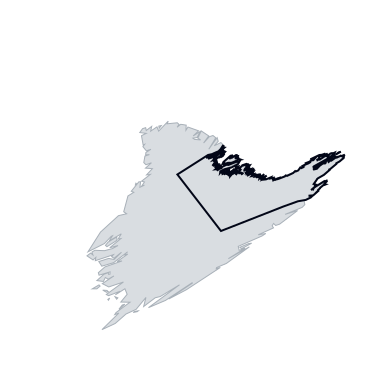 location of Qaasuitsup Kommunia within Greenland, rotated 148°
{"feature_id": "GRL-2743", "entity_name": "Qaasuitsup Kommunia", "entity_type": "state/province", "adm_level": 1, "iso_a3": "GRL", "parent_name": "Greenland", "parent_adm1": "", "projection": "natural_earth1", "projection_center": [-56.716, 74.362], "detail": "fine", "context": "in_parent", "style": "outline", "palette": "ink", "viewbox_px": 384, "rotation_deg": 148, "n_neighbors": 0, "source": "natural_earth", "source_scale": "10m", "svg_char_len": 9719}
<svg xmlns="http://www.w3.org/2000/svg" viewBox="0 0 384 384"><g transform="rotate(148 192 192)"><path d="M248.5,112.1L268.5,113.6L240.0,114.5L240.0,115.0L271.9,114.1L290.2,117.0L251.8,119.9L274.4,120.2L279.2,121.8L293.7,120.5L286.9,127.0L301.6,122.1L312.6,123.5L326.8,121.2L341.3,123.0L318.2,128.1L322.5,129.0L320.3,130.0L303.0,131.4L310.7,136.4L301.2,139.6L300.2,145.5L311.5,145.4L305.7,146.0L317.7,148.3L319.0,150.5L297.8,152.0L312.9,155.6L316.6,161.8L302.7,162.2L309.3,162.5L310.8,165.4L314.6,163.1L319.6,167.3L310.4,168.9L305.8,168.0L306.4,166.4L305.1,165.8L303.8,167.7L314.9,170.7L314.2,173.2L305.5,174.6L287.9,170.6L292.3,172.7L279.3,173.4L283.5,174.7L278.3,175.4L295.9,173.6L307.8,176.9L307.9,182.4L297.8,179.8L293.9,176.1L283.7,178.3L293.2,177.1L294.4,179.8L291.9,180.5L310.4,185.0L308.2,187.5L311.9,186.8L314.9,193.5L310.3,193.9L309.4,191.1L308.7,194.1L305.2,194.0L297.3,188.6L289.6,186.2L283.1,185.8L291.3,188.3L277.0,190.2L279.5,191.3L274.1,194.0L288.1,194.4L282.6,197.0L284.0,197.2L293.5,194.7L311.9,196.4L290.8,206.5L266.9,210.9L259.0,208.2L260.4,211.4L248.4,222.6L241.5,222.6L243.1,224.8L231.7,228.8L230.2,227.9L233.7,223.6L228.7,223.0L231.1,223.9L227.0,225.7L229.0,227.9L218.0,229.0L221.5,230.6L213.2,232.8L218.8,236.9L210.9,238.3L216.6,239.5L217.3,242.5L212.9,247.4L208.3,246.3L211.6,248.1L210.2,249.9L204.2,250.0L208.9,251.1L209.6,256.5L206.9,257.5L208.5,257.8L205.0,266.5L199.8,266.0L204.8,270.1L200.3,271.9L197.2,271.1L198.2,268.4L191.4,269.0L194.8,265.5L187.2,265.8L188.0,261.3L174.6,264.7L176.9,263.0L167.8,258.5L167.2,256.2L170.3,254.8L165.7,255.4L161.5,251.8L164.4,247.6L161.0,249.2L154.0,240.4L161.3,238.9L153.1,239.0L158.8,235.5L162.7,237.2L162.0,235.3L157.1,231.6L158.5,234.6L151.8,238.9L148.1,230.7L156.2,227.4L148.0,229.7L144.3,228.8L143.1,225.4L155.1,219.4L141.9,224.7L142.9,221.1L148.6,219.4L141.3,218.6L140.6,215.5L147.7,213.1L158.3,214.7L148.7,212.5L141.0,214.6L144.1,209.9L152.7,211.0L155.0,208.6L142.8,209.2L144.7,207.0L155.2,207.1L156.9,205.7L154.5,206.1L155.3,203.3L159.6,203.0L155.3,202.7L159.2,197.0L148.7,196.7L136.2,192.3L157.1,194.4L151.0,190.1L155.1,190.1L143.7,188.0L150.8,185.4L142.0,186.1L143.5,184.6L140.7,180.7L139.2,181.0L141.8,184.0L139.2,187.0L130.4,186.3L134.4,180.8L130.5,182.0L132.0,180.8L130.3,180.1L134.9,177.3L129.9,176.3L131.9,174.2L127.6,172.6L129.0,171.2L127.0,168.8L121.7,168.8L126.8,166.1L114.9,160.6L116.5,159.6L115.2,158.4L90.9,154.1L65.0,155.8L59.3,153.8L66.4,152.2L51.3,149.5L76.3,146.7L60.7,147.0L43.9,142.4L50.2,139.8L79.4,136.4L88.0,130.9L73.4,129.9L86.8,125.7L101.7,125.0L103.0,121.5L106.7,120.6L124.9,123.7L112.3,120.3L134.7,118.3L138.8,119.3L139.5,122.1L141.9,120.9L141.9,118.4L158.5,120.6L151.4,117.7L155.9,117.6L181.6,121.4L182.9,117.6L176.8,116.2L196.5,116.2L172.4,115.1L200.6,113.2L211.3,114.9L212.1,114.1L208.0,113.0L248.5,112.1ZM137.1,194.9L150.7,199.9L140.6,202.4L134.2,199.2L137.4,197.6L134.6,196.2L137.1,194.9ZM293.1,190.7L293.7,192.6L289.6,194.0L279.7,193.7L281.3,190.8L293.1,190.7ZM180.7,119.7L171.5,118.3L168.5,117.0L180.1,117.6L180.7,119.7ZM316.1,131.3L311.0,133.1L308.4,132.4L316.1,131.3ZM324.0,160.3L327.9,162.7L320.1,162.5L319.8,160.9L324.0,160.3ZM319.7,156.1L316.3,153.6L315.8,151.9L317.6,152.2L319.7,156.1ZM132.4,177.5L130.5,179.4L127.1,178.3L132.4,177.5ZM305.7,121.0L304.0,121.1L300.5,119.7L301.8,119.5L305.7,121.0ZM157.3,198.2L154.3,200.3L153.6,198.2L157.3,198.2ZM312.7,141.0L312.8,144.0L311.0,141.5L312.7,141.0ZM50.2,147.4L47.1,147.9L44.8,147.5L50.2,147.4ZM141.2,188.1L139.6,189.6L139.3,189.3L141.2,188.1ZM320.3,145.5L318.0,145.7L320.2,144.5L320.3,145.5ZM186.1,263.4L185.2,265.5L182.8,264.6L186.1,263.4ZM151.6,191.2L149.2,191.1L149.0,190.8L150.0,190.3L151.6,191.2ZM236.1,228.2L234.9,229.2L234.6,228.0L236.1,228.2Z" fill="#d9dde1" stroke="#a8b0b8" stroke-width="1"/><path d="M67.1,152.5L66.6,151.8L60.7,152.0L56.4,151.2L59.4,149.9L54.3,151.3L52.0,150.6L53.6,150.3L50.1,149.8L51.2,149.1L53.7,149.0L52.7,148.7L58.6,148.4L75.6,149.2L75.2,149.0L76.6,148.7L61.8,148.2L70.3,147.5L76.4,148.3L74.2,147.3L77.4,146.8L74.1,145.6L74.4,145.4L69.6,146.6L65.8,146.8L64.0,145.7L63.6,145.8L64.5,146.7L61.4,147.1L56.1,146.3L60.1,145.6L60.2,145.1L54.2,145.6L57.9,144.7L51.1,145.1L50.5,144.9L51.7,144.5L46.6,144.0L46.4,143.3L42.7,142.7L45.8,141.8L43.9,141.7L45.2,141.1L44.9,140.9L45.4,140.4L50.7,139.7L54.4,139.9L54.7,139.3L62.8,138.2L64.6,138.5L62.7,137.9L71.1,136.6L77.9,136.9L79.6,136.6L79.0,136.6L84.5,134.3L83.7,133.5L84.1,132.8L83.2,132.4L84.2,131.7L83.7,131.4L90.0,130.6L88.1,130.5L87.9,130.0L86.6,130.9L84.3,131.1L74.0,131.1L73.9,130.6L71.8,130.3L72.0,129.6L75.5,128.8L75.7,128.3L81.7,127.6L80.9,127.4L84.0,126.9L84.3,126.3L85.8,126.0L85.5,125.8L91.0,124.9L95.1,127.1L92.4,124.8L94.3,124.4L99.7,125.0L107.1,128.0L122.3,131.3L188.1,143.6L195.1,214.6L158.7,214.9L156.9,214.2L158.4,213.9L160.1,213.2L162.1,213.5L160.1,213.2L156.1,214.0L156.7,213.8L154.4,213.4L156.1,213.3L160.2,212.5L157.3,212.0L156.7,212.4L158.1,212.4L155.2,213.0L154.1,212.2L156.2,212.2L155.9,211.5L152.9,211.8L154.3,212.6L153.5,213.3L148.7,212.6L152.7,211.5L145.0,213.1L141.3,214.9L140.9,214.2L142.0,213.4L141.2,212.7L143.5,212.7L142.3,212.2L142.9,212.1L143.3,212.5L144.0,212.5L143.4,212.4L144.7,212.2L143.3,212.0L145.6,211.5L143.5,211.2L149.4,211.9L150.2,211.5L146.4,211.4L144.1,210.4L144.3,210.1L142.4,210.3L143.3,210.0L144.3,209.9L148.0,210.9L146.1,210.1L150.9,211.0L154.8,210.8L158.5,212.0L160.8,211.7L153.6,209.9L156.3,210.0L153.9,209.5L155.1,209.2L155.0,208.4L157.2,207.8L156.8,207.7L152.4,208.4L154.7,209.2L148.0,210.0L147.6,209.3L145.3,209.5L147.2,208.8L143.1,209.4L142.8,209.0L144.4,209.1L148.3,207.7L147.0,207.6L155.1,207.3L155.7,207.2L155.5,206.3L156.7,206.9L156.9,206.5L155.9,206.1L157.7,205.4L154.2,206.0L156.0,204.7L154.8,205.0L155.3,203.3L157.1,203.4L155.8,204.0L157.8,203.7L159.2,204.9L158.6,204.2L159.6,203.8L160.1,204.5L160.0,203.7L157.4,203.3L160.4,202.9L158.6,202.7L159.2,201.8L157.9,202.7L155.1,202.7L156.4,202.2L155.8,201.9L156.6,201.8L156.4,200.9L160.0,200.5L156.3,200.6L156.8,199.6L158.8,199.9L156.7,199.1L160.0,198.8L157.7,197.7L159.6,196.9L154.1,197.4L156.2,197.0L154.3,196.6L153.1,197.4L148.3,196.8L146.7,195.6L139.0,194.3L135.7,192.6L138.2,191.3L145.6,191.9L152.4,194.1L157.9,194.6L157.1,194.3L157.9,193.4L155.4,194.2L153.5,193.1L154.3,192.7L156.0,193.6L156.8,193.3L155.5,192.7L157.2,192.6L154.8,192.5L154.8,191.8L152.9,192.0L153.9,191.5L156.3,192.1L157.3,192.0L155.7,191.4L156.1,191.0L150.0,190.0L154.1,190.4L155.7,190.0L152.6,189.7L154.0,189.1L148.5,189.3L152.3,188.3L151.6,187.6L146.8,188.9L148.4,188.3L148.3,187.6L153.1,186.7L147.4,187.6L144.4,187.2L150.8,186.0L151.4,185.1L148.8,185.9L142.9,185.2L144.8,184.4L144.7,183.8L145.9,183.2L142.3,184.8L142.1,182.9L140.5,182.4L139.6,181.0L141.2,180.8L139.5,180.8L139.1,181.0L139.8,182.1L142.1,184.3L139.4,185.0L140.2,185.7L138.4,185.2L139.8,186.4L139.4,187.0L135.6,187.7L132.3,186.7L133.0,187.5L130.9,187.0L130.0,185.8L130.5,185.7L128.8,185.4L132.2,184.8L131.8,184.0L134.4,183.8L135.9,183.0L136.8,181.7L135.5,183.1L132.1,183.7L130.3,183.3L134.2,181.5L133.8,180.8L135.2,180.7L130.1,180.1L131.1,179.6L137.3,179.9L133.5,179.7L135.4,179.0L134.1,178.6L136.0,177.9L133.9,177.9L135.6,177.5L134.3,176.6L134.6,176.4L129.8,175.9L131.7,175.1L131.2,175.1L132.7,175.1L131.0,174.6L133.0,173.9L127.8,172.0L129.0,171.8L127.9,171.7L128.4,171.2L129.6,171.6L130.2,171.5L128.4,170.6L130.0,170.5L127.5,169.5L128.3,169.4L126.0,169.2L127.1,168.8L126.5,168.8L127.5,167.8L121.3,168.9L126.6,167.6L124.4,167.3L127.5,167.0L124.0,166.6L127.4,166.3L125.0,165.6L125.7,165.3L122.1,164.7L124.0,164.2L122.6,163.5L117.0,162.6L118.2,161.9L115.5,160.9L116.5,160.3L114.2,160.7L116.7,160.0L116.8,159.4L115.6,159.2L116.2,158.7L114.8,158.5L115.7,158.2L112.5,158.3L111.2,157.9L112.0,157.4L111.3,157.2L108.7,157.7L109.7,156.9L105.0,156.0L103.8,156.4L102.9,155.3L96.1,154.5L93.4,155.1L93.1,154.4L90.5,154.0L87.0,155.5L86.2,155.0L86.4,154.3L85.0,154.1L85.3,154.7L83.7,154.8L84.1,155.5L80.3,155.3L80.2,156.2L77.5,155.7L79.3,154.8L78.3,154.6L75.9,154.6L74.8,155.8L72.3,154.7L70.2,155.3L74.3,157.0L64.4,155.9L63.8,155.6L64.3,155.3L58.5,153.9L61.4,153.2L64.0,154.4L65.8,154.4L66.0,153.0L68.7,153.0L68.8,152.5L67.1,152.5ZM149.4,200.8L140.1,202.3L137.8,201.4L142.5,201.1L141.5,200.8L142.8,200.1L140.3,201.0L140.7,200.6L139.2,200.7L139.6,199.9L135.2,200.0L133.8,199.2L137.1,199.4L134.1,198.1L135.0,197.4L138.0,197.7L134.6,196.5L135.0,195.4L137.3,194.9L143.1,195.7L146.1,197.7L150.1,198.5L150.6,199.0L150.0,199.4L151.0,199.7L149.4,200.8ZM154.3,197.8L156.6,197.9L157.4,198.3L155.8,199.0L155.9,200.3L154.7,200.6L153.5,199.2L155.5,197.9L153.6,198.2L154.3,197.8ZM148.0,188.1L144.6,189.1L143.4,187.9L148.0,188.1ZM141.7,189.9L139.1,189.1L141.1,187.9L142.3,189.2L141.7,189.9ZM44.4,147.3L50.6,147.6L46.6,147.9L44.4,147.3ZM131.6,179.2L129.0,179.0L130.3,178.0L133.7,177.7L131.6,179.2ZM52.9,146.9L57.1,147.4L50.9,147.1L52.9,146.9ZM133.5,180.6L131.5,182.1L129.9,181.9L131.2,181.4L130.2,181.2L133.5,180.6ZM143.7,186.4L141.7,185.6L145.6,185.6L143.7,186.4ZM128.4,170.8L126.5,171.1L124.1,170.4L128.4,170.8ZM149.7,206.3L148.1,206.6L144.2,207.3L146.8,206.2L149.7,206.3ZM149.5,190.3L152.2,191.0L149.0,190.9L149.5,190.3ZM125.4,166.3L121.9,166.5L120.0,166.3L124.4,165.9L125.4,166.3ZM129.8,176.4L130.7,176.0L133.1,176.7L129.8,176.4ZM130.1,177.9L127.9,178.7L127.0,178.4L130.1,177.9ZM59.1,152.4L58.4,152.9L56.6,152.7L59.1,152.4ZM129.3,184.1L130.6,183.7L131.4,184.0L130.6,184.5L129.3,184.1ZM143.7,208.2L144.9,207.8L145.7,208.3L144.4,208.8L143.7,208.2ZM127.6,172.6L128.5,172.5L131.0,173.5L129.5,173.7L129.9,173.1L127.6,172.6ZM135.6,194.5L134.1,194.5L133.5,193.7L135.6,194.5ZM148.1,207.1L151.4,206.9L149.8,207.3L148.1,207.1ZM76.6,127.9L75.0,127.9L74.7,127.6L76.6,127.9ZM150.8,191.9L152.6,192.4L150.6,192.1L150.8,191.9Z" fill="none" stroke="#020617" stroke-width="2"/></g></svg>